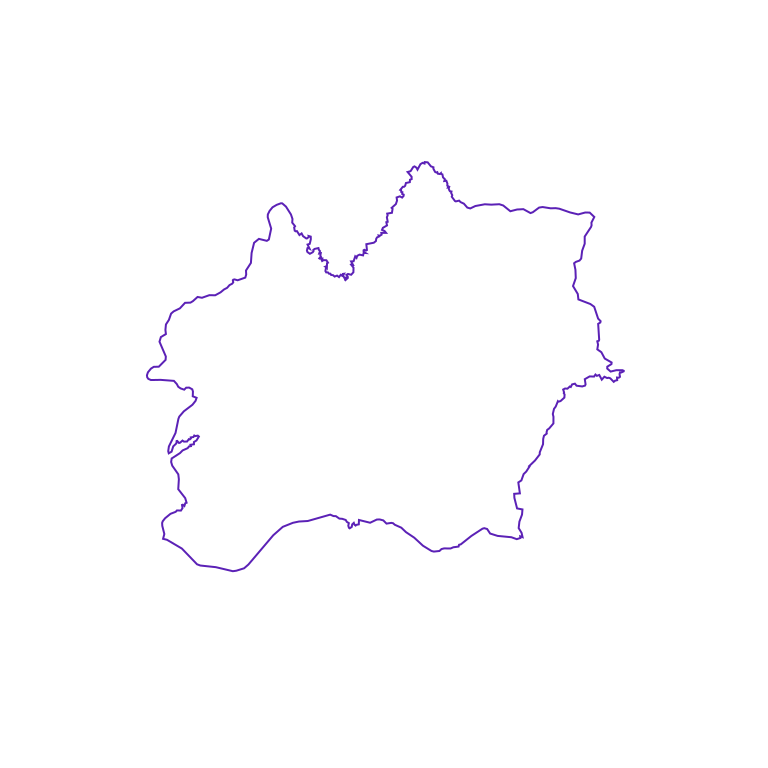 Makham, Chanthaburi, Thailand (Mercator projection), rotated 229°
{"feature_id": "78962969B16379000118179", "entity_name": "Makham", "entity_type": "district", "adm_level": 2, "iso_a3": "THA", "parent_name": "Thailand", "parent_adm1": "Chanthaburi", "projection": "mercator", "projection_center": [102.241, 12.738], "detail": "fine", "context": "isolated", "style": "outline", "palette": "violet", "viewbox_px": 768, "rotation_deg": 229, "n_neighbors": 0, "source": "geoboundaries", "source_scale": "gbopen_adm2", "svg_char_len": 6166}
<svg xmlns="http://www.w3.org/2000/svg" viewBox="0 0 768 768"><g transform="rotate(229 384 384)"><path d="M177.5,388.1L181.5,390.2L186.9,391.1L191.3,395.9L194.9,402.5L198.5,406.2L202.8,402.8L212.5,407.7L215.7,410.2L212.3,414.8L221.6,420.8L221.1,424.4L224.4,430.3L224.6,433.9L226.3,439.8L226.8,439.7L227.2,447.8L228.7,455.3L230.3,456.8L234.2,464.5L238.1,468.1L240.0,470.8L239.8,474.3L241.0,475.1L242.3,477.1L242.1,479.5L243.1,486.0L248.1,490.4L250.6,491.7L253.7,496.0L254.3,498.8L256.9,503.9L256.3,503.9L255.3,506.0L255.4,511.2L257.6,513.4L259.2,513.7L259.5,514.4L262.3,515.6L261.8,517.7L260.1,519.4L260.2,522.6L259.2,523.0L260.3,525.7L259.0,528.3L256.4,528.2L252.1,532.0L250.9,534.7L251.5,535.9L255.9,538.7L254.8,544.2L251.8,547.4L252.4,549.8L250.5,550.0L249.6,552.4L244.4,551.2L244.9,555.1L242.1,556.3L241.3,557.7L239.8,558.5L234.9,558.8L234.9,560.6L233.9,562.5L236.0,564.1L234.7,565.3L234.6,566.8L237.0,568.3L237.9,569.7L237.0,570.7L236.3,573.2L236.7,573.6L238.0,573.0L242.0,568.4L244.7,563.2L249.2,562.6L250.6,563.9L249.8,568.7L250.9,569.9L258.4,567.3L265.4,568.9L270.2,567.7L273.3,571.4L276.3,573.0L275.7,574.5L276.2,575.4L288.9,585.1L288.5,587.6L289.3,588.7L292.9,588.5L304.4,593.3L309.0,592.2L320.3,586.2L324.8,589.3L333.9,590.9L338.1,598.2L344.6,603.4L350.4,606.7L350.3,608.9L348.9,612.5L349.3,615.1L354.6,621.0L358.2,627.5L363.6,632.2L366.7,643.3L367.6,644.8L369.7,646.4L372.1,652.3L378.4,651.7L381.4,648.4L384.6,641.8L391.4,637.0L401.3,631.3L404.1,628.9L407.2,625.1L413.5,619.8L415.4,616.8L416.0,609.0L416.9,606.7L424.5,603.9L428.4,598.9L431.5,592.7L440.5,591.1L444.0,589.0L449.0,582.6L453.5,578.0L458.4,569.7L459.9,564.3L462.5,562.6L467.7,562.6L471.1,561.1L473.1,561.0L474.7,558.0L475.5,557.6L480.9,558.0L481.7,559.4L484.1,560.0L485.0,561.2L486.2,560.2L487.4,560.4L489.1,561.1L489.8,562.2L490.4,561.2L490.9,562.3L492.2,561.9L493.6,563.3L496.5,564.4L497.6,562.7L498.6,564.3L501.2,564.1L503.9,565.6L505.2,564.9L505.8,565.3L505.8,563.9L507.4,562.6L508.9,563.2L509.2,562.3L510.5,561.7L514.1,562.5L515.1,563.5L517.5,562.2L522.6,562.4L524.8,560.3L523.8,559.2L525.6,558.2L526.0,555.7L523.8,549.9L526.0,550.4L528.2,549.8L528.6,548.5L527.2,543.7L528.5,540.9L522.3,540.8L520.5,539.3L521.1,537.6L519.4,535.9L521.3,532.4L519.7,530.0L519.7,528.5L520.5,527.6L519.8,523.6L519.0,524.0L517.6,523.0L516.7,523.7L515.5,522.4L514.0,523.1L513.1,522.2L512.8,520.0L515.2,519.1L516.5,515.9L513.9,514.2L512.0,511.0L511.9,505.3L510.6,505.4L508.0,502.3L510.5,498.2L508.8,497.3L508.0,495.6L504.0,493.2L504.6,491.9L501.7,490.3L502.6,485.6L501.6,483.6L499.1,484.8L496.7,484.7L499.8,481.1L498.3,480.2L498.6,478.2L499.6,477.4L498.6,477.0L499.2,474.9L498.7,473.4L497.2,471.7L497.3,469.0L501.1,462.4L496.3,459.0L496.5,458.0L498.2,457.2L498.3,456.3L497.2,455.4L495.0,456.0L496.3,454.7L494.8,452.6L497.7,450.4L498.3,447.9L497.2,446.0L499.2,446.0L496.6,441.6L498.1,439.6L493.9,438.7L494.2,438.2L495.5,438.5L495.8,437.5L491.8,437.3L488.4,434.2L488.0,430.9L490.7,429.0L491.0,427.2L488.9,427.1L487.8,426.3L487.7,423.0L488.3,423.0L489.4,424.9L490.2,423.7L492.8,424.4L493.4,426.2L494.1,425.1L493.2,423.4L494.8,423.0L494.2,420.2L496.6,419.7L497.5,417.2L499.4,417.0L501.1,415.6L502.4,415.9L503.2,414.9L505.0,414.9L506.1,413.6L507.7,413.9L510.3,417.1L511.0,416.8L510.8,417.6L509.5,417.4L512.5,420.2L512.3,421.3L515.2,421.7L517.1,419.7L517.4,418.0L518.2,418.2L519.1,419.7L520.6,417.8L521.3,417.6L521.5,418.7L520.8,419.7L522.8,420.3L524.2,422.1L525.0,420.7L526.3,422.9L528.1,422.9L529.6,423.7L531.5,420.2L531.5,418.5L530.6,418.1L530.2,416.7L530.9,413.5L533.8,412.8L535.2,413.3L536.8,415.4L536.7,416.0L535.0,416.6L539.4,417.8L538.5,419.9L541.3,423.8L543.3,425.4L545.2,424.2L544.3,423.7L544.4,421.3L544.9,420.8L548.7,419.9L551.7,420.6L551.9,417.9L556.5,418.6L557.2,417.5L558.3,417.2L561.1,418.9L561.4,420.4L566.0,420.6L568.6,423.2L573.0,425.0L582.2,426.4L587.1,425.7L588.0,424.8L589.6,420.6L590.5,415.8L589.7,411.2L588.2,407.6L586.2,405.7L575.3,400.8L568.6,391.9L568.9,389.5L575.6,384.8L575.8,378.6L569.8,370.1L562.7,363.0L560.2,354.3L557.0,351.8L555.3,349.1L558.3,341.6L561.0,339.8L561.6,338.7L561.5,338.0L559.6,336.9L559.3,335.2L560.0,332.3L559.5,328.7L560.3,325.3L560.4,320.8L561.7,314.8L565.6,310.5L568.5,303.2L572.0,300.4L571.9,294.1L572.4,291.3L575.8,287.1L575.0,279.6L576.8,272.9L576.8,269.5L573.5,263.7L572.0,258.5L568.2,254.5L564.8,252.2L565.8,246.4L563.2,242.3L547.9,237.4L545.5,235.0L544.8,225.4L548.0,221.5L548.5,218.2L547.7,213.5L546.1,210.8L544.4,209.7L542.5,209.5L539.9,210.7L533.7,218.1L524.2,227.5L519.9,227.6L516.9,226.9L514.1,227.6L510.8,229.5L511.0,232.3L509.1,234.6L505.8,235.8L503.7,234.9L500.2,231.6L496.5,233.5L494.9,230.7L494.0,225.8L494.7,215.0L493.7,208.1L492.6,206.0L483.8,194.5L478.0,180.7L474.9,177.1L472.9,176.1L472.3,179.3L475.2,184.0L475.4,188.3L477.0,190.1L476.7,190.6L474.0,190.6L473.5,191.5L473.5,194.8L471.8,195.2L469.8,197.6L470.4,200.6L469.6,201.0L469.6,202.5L470.5,203.1L469.0,205.4L469.6,207.0L468.5,207.4L467.2,209.6L465.8,209.8L464.4,205.4L464.9,202.5L463.2,201.0L465.1,198.1L463.8,197.5L464.8,195.9L464.4,193.7L466.0,188.4L465.7,184.7L467.1,174.9L464.8,172.2L461.3,170.6L450.8,169.5L446.7,166.7L439.6,159.7L428.3,159.1L423.9,157.1L424.4,155.8L422.9,153.3L424.9,153.0L425.2,152.2L422.5,150.5L421.7,147.7L424.4,144.8L424.2,142.9L426.1,137.7L426.3,130.7L425.6,127.0L424.7,125.4L422.4,123.6L414.9,119.8L412.1,115.7L408.8,118.0L392.4,123.5L370.6,124.6L367.5,126.3L356.1,136.9L341.9,147.1L340.0,150.0L336.7,157.5L336.7,163.2L342.5,201.2L342.6,213.9L339.0,224.2L336.0,229.6L330.6,236.6L320.7,257.7L317.5,259.2L315.8,261.0L311.7,262.0L309.7,264.0L306.5,265.9L304.4,265.5L302.1,266.2L300.5,264.1L298.5,263.2L297.6,263.4L297.3,265.9L298.9,267.9L299.0,270.1L297.1,269.4L295.8,269.7L295.9,270.6L294.6,272.9L297.8,275.9L288.4,282.5L286.4,289.7L284.6,291.9L281.5,294.0L277.0,294.3L274.4,298.4L273.0,299.5L270.7,299.8L264.2,302.8L257.8,303.4L248.2,306.0L236.4,307.3L226.8,310.3L224.8,311.7L221.6,316.3L221.7,319.1L220.5,321.5L216.2,326.3L215.3,329.2L212.4,333.6L213.4,335.2L212.6,336.7L212.0,350.3L210.2,363.4L209.4,365.1L206.9,366.7L201.5,366.0L194.8,370.1L184.8,379.6L179.8,382.4L178.3,385.9L179.7,386.9L177.5,388.1Z" fill="none" stroke="#5b21b6" stroke-width="2"/></g></svg>